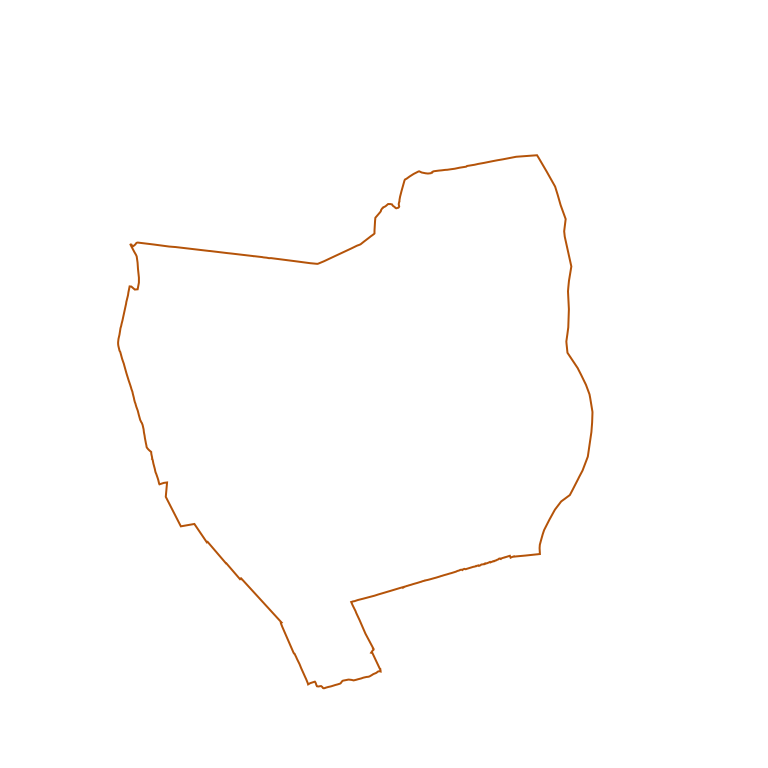 the district of Daeni, Tulcea, Romania, rotated 150°
{"feature_id": "2599482B15451384622174", "entity_name": "Daeni", "entity_type": "district", "adm_level": 2, "iso_a3": "ROU", "parent_name": "Romania", "parent_adm1": "Tulcea", "projection": "orthographic", "projection_center": [28.176, 44.832], "detail": "fine", "context": "isolated", "style": "outline", "palette": "amber", "viewbox_px": 768, "rotation_deg": 150, "n_neighbors": 0, "source": "geoboundaries", "source_scale": "gbopen_adm2", "svg_char_len": 6058}
<svg xmlns="http://www.w3.org/2000/svg" viewBox="0 0 768 768"><g transform="rotate(150 384 384)"><path d="M137.1,505.6L155.9,514.7L168.9,519.2L174.0,521.1L178.6,522.7L187.2,525.6L192.4,527.5L195.7,528.5L203.1,531.3L203.9,531.1L204.9,531.4L210.3,533.5L215.2,535.1L218.6,536.5L222.1,537.9L224.1,538.9L227.2,540.2L229.6,541.3L234.4,543.3L235.3,543.5L236.5,543.0L236.8,543.4L238.0,543.1L240.7,544.3L242.5,545.6L245.6,548.3L247.1,550.5L247.8,550.8L253.3,551.1L258.1,550.9L261.9,550.5L263.5,550.6L264.4,550.1L272.3,542.4L276.5,538.1L278.6,535.6L279.4,534.3L279.6,534.3L281.3,532.5L282.1,530.1L282.4,529.9L282.9,529.6L283.6,529.5L283.9,529.7L285.1,529.9L285.6,530.1L286.0,530.7L286.3,532.0L287.1,533.6L287.3,534.7L287.2,535.4L288.3,536.5L290.1,537.6L290.5,537.8L293.7,537.2L294.9,537.2L296.4,537.4L297.0,537.0L297.8,537.0L299.7,536.0L300.0,535.5L300.5,535.2L300.8,535.0L301.5,534.7L308.3,532.3L308.5,532.1L310.4,529.4L315.4,521.8L317.0,519.1L317.8,518.9L320.4,518.6L320.9,518.6L324.4,518.1L329.8,517.4L334.5,516.7L336.8,517.0L337.0,517.1L338.3,517.3L344.2,517.7L368.4,519.8L374.5,520.3L380.7,521.1L381.7,521.4L387.6,525.6L400.5,535.5L413.5,545.4L418.9,549.5L419.9,550.1L420.6,550.4L422.4,552.0L425.3,554.1L425.9,554.7L432.5,559.6L433.1,559.9L433.2,560.1L450.8,573.2L454.1,575.6L468.1,586.1L468.3,586.3L468.6,586.4L496.0,606.8L501.4,610.5L514.0,620.2L526.4,629.5L527.0,629.8L527.7,629.9L528.3,629.8L529.3,629.3L530.9,628.9L532.9,628.8L533.1,628.9L533.0,631.0L533.6,631.5L533.8,631.5L533.9,630.9L534.2,623.3L534.2,619.8L534.4,618.1L536.7,612.4L539.5,606.7L543.1,598.6L545.6,594.3L550.0,589.2L552.6,590.4L554.1,594.7L555.5,595.7L559.5,591.2L561.3,588.9L566.2,583.8L567.2,582.5L574.2,574.8L578.9,569.6L580.9,567.6L582.7,565.6L584.3,564.1L586.3,561.6L588.5,558.9L591.4,555.8L593.4,553.1L594.3,551.5L595.0,549.8L596.4,545.1L596.4,543.6L598.2,536.8L598.7,534.3L599.2,531.6L599.8,529.4L601.7,522.0L603.4,514.5L604.0,511.4L604.5,509.0L604.7,508.4L604.7,507.9L605.2,506.2L605.8,502.9L606.3,501.5L607.6,496.9L608.1,495.5L608.8,493.0L609.1,491.1L609.4,490.1L609.9,488.0L610.2,486.3L610.6,484.0L611.8,479.8L612.7,476.3L613.1,474.8L613.2,473.2L613.3,472.6L613.2,471.5L613.5,469.4L613.6,469.0L614.6,465.8L614.8,465.1L616.1,462.1L617.2,458.9L618.1,456.7L619.2,453.5L619.7,452.1L620.6,449.3L621.1,448.2L621.1,447.0L620.9,445.7L620.6,444.5L620.2,443.2L619.6,441.6L620.5,439.7L621.0,438.1L621.5,436.5L621.7,436.2L621.8,435.8L621.9,435.4L622.2,435.1L622.4,435.0L622.3,434.4L622.3,433.9L623.5,430.4L624.9,425.2L625.2,424.3L625.6,423.1L626.0,421.7L626.2,420.0L627.1,415.4L627.5,413.7L628.4,410.7L628.6,409.9L628.6,409.4L624.0,408.4L621.1,407.2L629.4,395.4L631.1,362.3L618.2,357.6L616.6,335.4L615.7,335.5L610.5,307.6L610.2,307.6L606.3,287.0L605.2,287.2L605.1,286.6L604.8,286.7L592.0,228.7L592.6,228.8L592.8,228.8L592.9,228.5L593.5,224.6L596.7,196.5L596.7,195.6L596.4,195.4L596.3,195.0L596.4,194.1L596.5,192.9L596.6,191.2L596.8,189.8L597.0,186.7L597.2,183.6L597.8,179.4L598.8,169.6L599.0,167.3L599.6,163.0L599.8,162.2L599.9,161.8L597.4,161.8L592.7,160.8L592.6,160.2L592.6,159.7L592.8,158.4L593.1,157.1L593.1,156.4L593.2,155.8L592.3,155.0L591.5,154.6L590.7,154.4L589.5,153.8L589.3,153.3L589.0,152.6L588.9,152.0L588.8,151.1L588.5,150.8L588.1,150.5L587.0,150.2L586.2,150.1L583.8,149.5L581.6,148.8L580.5,148.5L576.8,147.7L574.6,147.1L571.9,146.5L571.2,146.5L570.8,146.7L569.6,147.2L568.9,147.5L568.5,147.6L567.9,147.6L567.3,147.4L565.0,146.6L563.2,146.0L562.6,145.8L562.0,145.4L560.1,144.0L558.9,142.9L558.5,142.5L557.8,142.3L555.8,141.7L554.5,141.4L550.9,140.4L548.7,140.0L545.5,139.0L544.8,138.7L544.3,138.4L542.8,138.0L540.2,138.0L538.2,138.1L536.1,137.8L535.1,137.7L534.2,137.8L533.3,138.0L532.6,137.9L532.2,137.8L531.6,137.5L531.2,137.2L530.9,136.9L530.7,136.7L530.2,137.7L530.2,137.9L529.7,139.1L530.0,139.4L528.5,157.5L529.3,157.5L529.5,157.7L527.5,158.7L526.0,159.1L525.8,160.3L525.5,160.2L524.9,177.1L523.2,191.8L522.7,197.7L522.5,199.8L522.2,201.6L521.8,208.0L521.4,211.6L520.6,211.4L519.5,211.2L518.2,210.7L514.7,210.0L509.4,208.5L498.0,205.4L496.1,205.0L494.2,204.6L489.7,203.5L485.1,202.4L481.8,201.6L472.4,199.4L468.8,198.5L469.0,198.1L467.1,198.1L466.6,197.9L465.8,197.8L465.2,197.7L464.7,197.5L463.2,197.2L460.9,196.6L459.0,196.2L456.6,195.6L454.7,195.1L451.1,194.3L450.5,194.1L449.5,194.0L448.0,193.6L447.0,193.3L446.9,193.4L444.2,192.5L441.3,191.7L438.1,190.9L435.9,190.3L432.0,189.4L430.4,189.1L429.8,188.9L427.9,188.5L424.8,187.7L421.8,187.0L420.4,186.6L415.5,185.5L413.9,185.4L412.9,185.1L412.5,185.0L411.7,184.9L410.9,184.9L409.7,184.4L409.4,184.2L409.2,183.8L408.8,184.0L408.2,183.9L407.9,183.7L407.5,183.8L407.0,183.8L406.8,183.7L405.8,182.7L405.4,182.7L398.0,181.0L396.7,180.5L395.7,180.3L395.3,180.4L395.2,180.3L395.1,180.1L394.4,180.1L394.1,180.0L393.0,179.7L393.1,179.4L393.0,179.2L392.8,179.1L392.4,179.0L392.2,178.9L391.1,178.8L390.6,178.9L390.0,179.0L389.7,178.9L388.2,178.2L387.3,178.1L387.2,177.8L386.8,177.7L386.7,177.9L386.4,178.1L385.4,177.8L385.2,177.5L384.8,177.3L383.9,177.2L383.2,177.1L381.3,176.9L381.1,176.9L381.0,176.7L381.0,176.3L379.5,176.1L378.2,175.8L377.6,175.6L377.6,175.8L376.0,175.4L375.7,175.4L375.3,175.2L373.9,175.2L373.6,175.1L373.3,175.1L373.0,175.0L372.6,175.0L371.8,175.2L371.6,175.2L371.3,175.1L371.1,174.9L370.9,174.8L370.7,174.8L370.5,174.4L370.5,174.1L370.4,174.0L369.9,174.2L368.7,174.1L367.4,173.8L366.0,173.5L366.0,173.4L363.6,172.9L360.9,172.3L361.2,170.3L360.0,170.2L357.9,169.8L358.0,169.6L355.3,168.4L347.5,164.8L334.0,158.8L331.3,164.1L329.4,166.9L326.4,169.9L321.7,174.5L318.3,177.5L308.6,183.8L299.5,189.3L298.6,189.8L289.3,193.7L278.6,194.9L273.5,198.1L263.6,204.5L261.2,206.1L255.3,209.8L243.8,219.2L228.4,238.7L223.0,246.6L217.7,255.1L217.3,255.9L212.5,268.6L211.2,272.3L209.5,282.3L208.7,293.5L208.4,299.6L208.3,300.7L209.5,319.3L205.8,327.6L204.8,329.7L200.4,335.3L196.1,340.9L186.5,356.3L178.3,372.3L176.0,375.6L172.2,380.9L163.0,392.1L153.8,421.2L151.6,426.2L144.2,436.0L141.6,450.6L139.0,461.0L137.1,469.4L137.0,478.6L136.9,486.5L137.0,502.8L137.1,505.6Z" fill="none" stroke="#b45309" stroke-width="2"/></g></svg>